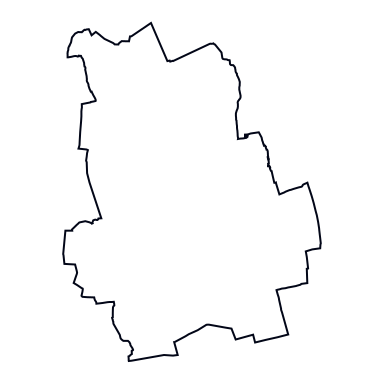 Draguseni, Galati, Romania
{"feature_id": "2599482B49340027544392", "entity_name": "Draguseni", "entity_type": "district", "adm_level": 2, "iso_a3": "ROU", "parent_name": "Romania", "parent_adm1": "Galati", "projection": "mercator", "projection_center": [27.722, 46.007], "detail": "fine", "context": "isolated", "style": "outline", "palette": "ink", "viewbox_px": 384, "rotation_deg": 0, "n_neighbors": 0, "source": "geoboundaries", "source_scale": "gbopen_adm2", "svg_char_len": 5725}
<svg xmlns="http://www.w3.org/2000/svg" viewBox="0 0 384 384"><path d="M307.4,182.7L306.7,183.0L305.9,183.4L304.4,184.0L303.1,184.7L302.7,185.2L302.3,186.0L301.8,186.6L301.3,186.8L298.7,187.4L293.3,189.0L290.7,189.9L289.8,190.0L285.5,191.7L284.4,192.4L279.4,194.4L276.2,183.9L275.9,182.5L275.7,182.6L275.3,182.7L274.8,182.8L274.3,182.8L272.7,175.9L271.7,171.5L271.7,171.2L271.1,171.0L270.9,170.8L270.0,168.7L269.9,167.9L270.2,167.7L269.9,166.7L269.5,166.7L269.4,166.3L269.2,165.9L268.3,166.2L268.0,166.2L268.0,165.8L268.6,165.6L268.4,164.9L268.0,164.0L268.0,163.9L268.8,163.5L268.7,162.9L268.8,162.8L268.7,161.5L268.5,160.6L268.2,159.7L268.5,159.6L268.8,159.5L268.7,158.7L268.0,158.8L267.8,157.6L267.7,157.3L267.7,157.1L268.1,157.1L268.2,156.8L268.0,155.9L267.9,154.3L267.9,153.5L267.8,152.8L267.8,152.1L267.7,151.1L267.4,150.3L267.2,149.8L267.0,149.6L266.5,149.6L266.4,149.1L265.9,148.0L265.8,147.2L265.9,146.8L265.4,146.5L265.3,146.2L265.2,145.7L264.7,145.5L264.1,145.7L263.9,144.6L263.6,144.6L263.0,142.8L262.9,142.2L262.2,140.4L261.6,137.5L258.8,132.3L250.6,133.5L248.9,134.1L247.2,134.5L245.0,134.6L245.0,135.3L245.0,135.8L245.0,136.2L245.6,136.2L245.7,136.4L246.4,136.2L247.6,136.1L247.4,137.0L246.6,137.3L246.4,137.8L243.3,138.4L240.3,138.6L238.0,139.0L238.1,138.5L238.0,137.7L237.8,136.7L237.7,136.0L237.6,133.4L237.5,132.2L237.4,130.7L237.2,129.6L237.0,127.8L237.0,126.0L236.9,125.3L236.8,124.6L236.7,123.8L236.5,120.8L236.5,120.5L236.2,120.1L236.1,119.4L236.1,118.4L236.1,117.9L235.9,115.8L235.9,114.8L235.9,113.4L236.1,112.6L236.7,110.6L237.4,109.0L237.7,108.2L237.7,107.7L237.8,107.3L237.9,106.9L237.9,103.9L237.7,102.8L237.7,102.2L237.8,101.9L238.1,101.1L239.0,100.0L239.1,99.6L239.3,99.4L239.7,99.1L240.0,98.7L240.5,97.6L240.5,97.1L240.6,96.0L240.5,95.3L240.3,94.4L239.8,92.1L239.6,91.0L239.3,89.8L239.3,89.0L239.3,87.4L239.5,86.3L239.6,85.9L239.7,85.5L239.7,84.5L239.8,81.9L239.7,81.7L239.0,79.4L237.9,76.9L237.3,75.8L237.0,75.1L236.9,74.5L236.9,73.6L236.3,73.0L236.0,72.5L235.8,72.1L235.6,71.4L235.5,70.7L235.5,70.0L235.2,68.9L235.1,67.8L234.9,67.3L234.4,66.5L233.3,65.2L231.6,65.1L230.7,64.9L230.0,64.0L229.8,61.1L229.6,60.2L228.0,60.1L227.6,59.9L227.2,59.6L226.8,59.5L226.5,59.4L224.5,59.3L223.1,59.0L222.5,58.4L222.3,57.7L222.0,55.8L221.5,52.5L215.0,44.5L214.3,44.3L213.4,43.4L212.8,43.7L211.3,43.8L210.2,43.7L209.2,44.1L173.2,61.0L172.9,60.8L170.2,61.6L169.7,60.6L167.4,61.1L151.0,23.0L131.4,36.3L130.0,36.4L129.0,41.3L123.0,41.2L121.8,41.1L119.9,42.5L118.7,43.6L118.4,44.5L114.7,44.4L113.3,43.1L104.5,38.9L100.7,35.8L100.2,35.3L98.8,34.2L95.8,31.9L91.6,35.3L88.8,29.2L86.4,29.5L85.2,30.0L84.5,29.8L83.4,30.6L82.8,31.4L82.3,31.6L81.9,32.2L79.0,32.1L78.2,32.0L75.1,33.6L72.1,37.3L72.0,37.5L71.6,39.3L71.4,40.4L71.1,42.1L70.9,42.5L70.6,43.4L70.2,44.0L69.7,45.2L69.5,45.4L69.4,45.6L69.5,45.8L69.2,46.1L68.8,46.9L68.5,47.5L68.4,48.1L68.3,48.7L68.3,49.4L68.3,49.9L67.6,52.1L67.6,52.3L67.7,52.5L67.5,53.7L67.5,53.9L67.6,54.3L67.6,54.6L67.6,57.3L68.4,57.3L71.4,56.8L74.2,56.1L75.7,56.0L77.1,56.2L77.4,56.5L77.9,56.5L78.8,56.3L78.9,55.7L81.0,55.9L81.6,57.5L82.7,58.7L83.7,61.7L84.1,62.9L84.2,64.6L84.3,65.2L84.5,66.5L84.8,66.6L85.0,66.9L85.3,67.3L85.4,67.8L85.4,68.9L85.3,69.1L85.2,69.7L85.3,70.2L85.5,70.9L85.8,72.4L86.0,73.4L86.6,76.1L86.8,78.5L86.9,78.8L86.9,79.2L86.8,80.0L86.8,80.7L86.9,81.2L87.3,82.1L87.5,82.5L88.1,83.4L88.5,84.8L88.5,85.7L89.5,88.8L90.1,90.0L90.7,91.5L91.1,92.0L91.7,91.7L91.8,91.9L91.8,92.3L92.3,93.1L93.4,95.4L93.7,95.9L93.9,96.2L95.1,98.4L95.6,99.6L95.7,100.5L95.7,100.8L95.6,101.0L93.0,101.6L90.7,102.0L90.5,102.4L81.8,104.1L81.9,107.5L81.8,108.1L81.6,109.2L81.4,111.3L81.4,116.4L81.1,121.2L80.2,132.0L79.7,141.0L79.5,145.1L79.2,146.3L78.5,148.6L86.6,149.5L87.9,150.1L87.1,153.0L86.7,156.7L86.1,160.7L86.7,162.2L87.1,173.2L89.5,182.5L101.3,218.3L98.4,218.5L98.1,219.4L97.3,220.0L96.8,220.0L95.6,219.7L95.0,219.7L93.3,220.3L93.1,220.7L92.7,221.8L92.4,222.7L92.5,223.1L92.6,223.3L91.9,223.6L91.8,223.4L89.5,222.3L85.3,221.2L79.6,222.4L79.0,222.7L78.3,223.5L76.6,225.0L72.0,229.5L72.2,230.7L65.4,230.7L63.2,254.1L63.5,255.2L64.4,263.9L75.1,264.5L76.8,271.1L77.0,272.2L77.1,272.7L76.8,274.0L76.2,275.7L73.7,283.0L77.2,285.1L81.5,288.0L82.7,288.6L82.8,289.3L82.4,291.9L81.5,295.8L82.4,296.8L83.6,296.9L84.5,297.0L87.5,297.2L94.2,297.4L94.5,298.9L95.0,300.3L96.0,301.7L96.3,302.5L96.4,303.7L102.5,303.0L107.4,302.2L109.5,302.0L112.0,302.0L113.8,301.8L114.2,303.9L114.3,305.5L113.4,306.3L113.0,307.3L112.9,309.1L112.8,312.9L112.8,317.3L112.1,317.7L112.3,318.8L112.7,319.5L112.9,320.9L113.3,321.7L113.3,322.8L113.5,323.9L119.8,334.9L120.3,337.2L120.6,338.3L121.1,339.0L121.8,339.7L123.4,340.9L124.8,340.9L128.0,340.9L129.4,342.2L130.3,344.0L130.3,344.5L130.5,345.3L130.7,345.6L132.4,348.2L132.9,349.3L133.1,349.9L133.0,350.1L132.6,350.4L132.0,350.6L131.7,350.9L131.8,353.2L131.9,354.0L131.6,354.2L131.2,354.5L130.2,355.2L129.9,355.7L129.5,356.0L128.5,356.4L128.7,358.9L128.7,360.6L128.8,361.0L131.6,360.7L160.6,355.6L164.0,355.0L173.0,355.6L177.7,355.0L174.2,342.2L174.4,342.2L185.6,336.2L188.8,334.2L197.7,330.2L206.4,324.8L207.3,324.7L209.1,324.7L225.9,327.7L231.5,328.6L235.7,339.5L253.1,334.7L255.1,342.5L265.7,339.9L277.7,337.2L288.2,334.5L282.0,312.3L281.1,309.8L281.1,308.8L279.0,299.4L279.0,298.9L278.6,297.1L277.7,294.4L276.5,290.1L277.3,289.8L279.6,289.3L281.8,288.6L285.4,288.2L288.4,287.4L289.7,287.2L296.1,286.0L296.6,285.8L300.5,284.7L301.3,283.9L307.3,283.1L306.8,268.8L307.7,268.7L308.1,268.5L306.8,257.0L305.8,251.4L312.3,249.4L320.2,248.3L320.4,245.3L320.5,244.3L320.8,243.4L320.2,238.2L319.3,230.5L319.1,228.3L318.1,221.8L316.8,215.2L315.7,211.2L313.7,203.1L312.4,198.5L311.6,195.8L309.6,189.6L308.4,186.1L307.4,182.7Z" fill="none" stroke="#020617" stroke-width="2"/></svg>